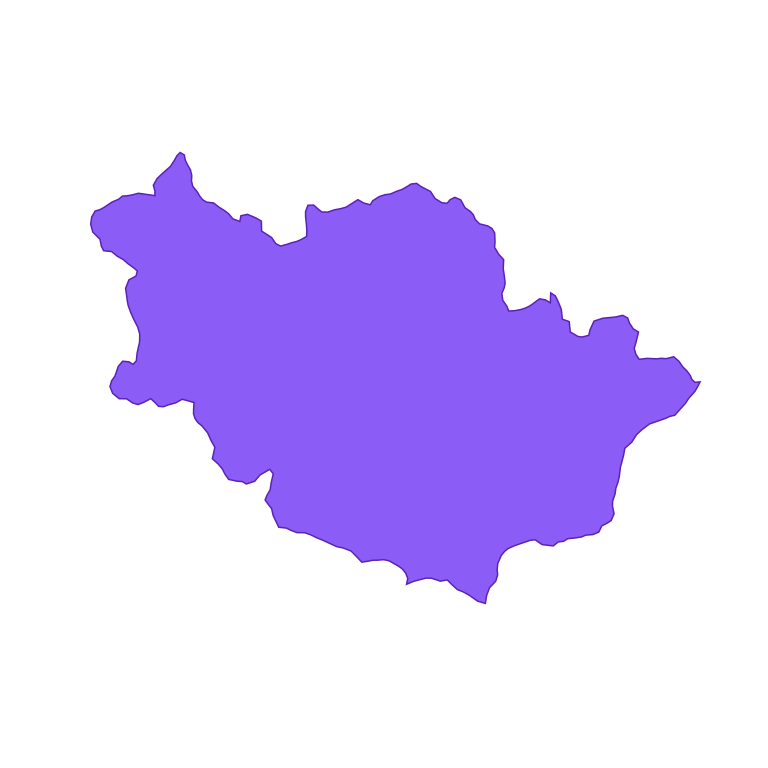 the district of Santa Rita do Passa Quatro, São Paulo, Brazil, rotated 188°
{"feature_id": "56859067B91361452731504", "entity_name": "Santa Rita do Passa Quatro", "entity_type": "district", "adm_level": 2, "iso_a3": "BRA", "parent_name": "Brazil", "parent_adm1": "São Paulo", "projection": "orthographic", "projection_center": [-47.502, -21.677], "detail": "fine", "context": "isolated", "style": "filled", "palette": "violet", "viewbox_px": 768, "rotation_deg": 188, "n_neighbors": 0, "source": "geoboundaries", "source_scale": "gbopen_adm2", "svg_char_len": 3865}
<svg xmlns="http://www.w3.org/2000/svg" viewBox="0 0 768 768"><g transform="rotate(188 384 384)"><path d="M364.7,581.1L375.2,584.8L379.5,587.2L385.0,585.8L388.8,582.6L393.6,578.9L398.1,576.7L404.2,573.0L409.4,571.6L414.7,569.0L420.6,564.0L422.5,559.6L429.3,560.4L435.5,562.9L446.2,553.8L451.6,551.5L457.3,549.6L463.6,546.4L469.6,545.7L473.6,548.1L478.6,551.4L484.2,550.4L485.7,543.9L484.9,538.6L483.2,531.8L481.8,525.5L481.2,519.3L486.3,515.4L490.3,513.0L495.2,511.0L500.0,508.6L505.6,506.2L510.6,507.9L515.8,513.5L526.5,518.4L528.1,528.2L533.6,530.5L542.8,533.0L549.1,530.7L549.4,524.9L556.6,526.5L561.6,531.0L565.6,533.3L572.1,536.2L578.0,539.6L585.0,539.4L589.3,541.3L592.5,544.3L595.4,548.0L600.9,553.1L602.9,558.3L603.4,563.8L605.4,569.0L608.8,573.3L612.0,578.1L613.6,583.0L618.1,584.9L620.8,581.3L622.8,576.1L625.8,569.7L633.1,561.2L637.2,556.0L640.1,548.8L637.7,543.2L637.1,538.7L643.3,538.7L653.8,538.7L659.2,536.4L664.6,534.6L669.1,533.7L672.6,530.0L678.7,526.3L685.8,519.9L689.6,517.1L694.1,515.1L696.7,508.8L696.7,501.4L693.5,493.9L685.4,487.8L683.1,481.2L680.2,477.0L672.1,477.2L665.9,473.4L659.5,470.9L654.3,467.5L647.7,464.0L644.0,461.5L644.6,456.4L651.1,451.6L653.2,442.7L651.6,437.2L649.7,430.3L648.2,426.0L644.6,419.3L641.0,413.5L635.8,406.1L632.8,399.3L631.9,391.4L632.8,380.4L632.5,372.4L635.3,368.5L639.8,370.5L646.0,370.2L649.6,364.4L651.5,354.4L654.2,349.2L655.0,343.3L651.4,337.0L644.2,332.6L636.9,333.5L630.1,330.2L624.7,329.4L619.4,332.4L612.9,337.0L607.5,333.3L604.2,330.5L599.2,330.8L594.7,333.3L587.5,336.4L581.8,340.8L575.9,340.1L569.5,339.2L569.1,333.1L568.5,328.1L566.3,323.5L563.2,320.1L558.4,317.1L551.8,311.0L547.7,304.4L542.7,297.8L543.2,290.8L543.6,286.1L536.8,281.5L532.0,277.1L529.4,273.2L524.6,267.9L516.2,267.3L510.5,267.6L506.4,265.8L498.5,269.7L494.2,276.6L485.3,283.6L481.2,279.7L482.0,269.9L482.0,263.4L484.3,257.7L485.6,252.6L481.9,248.7L478.0,245.0L475.5,238.4L468.3,227.5L460.6,227.7L456.0,226.2L449.5,224.7L441.9,225.7L435.8,224.5L429.0,222.3L423.3,220.9L418.3,219.4L408.3,216.4L401.5,215.9L393.4,214.0L388.2,210.1L381.2,204.5L375.4,206.2L370.6,207.9L366.1,208.6L359.7,210.0L354.3,209.6L344.0,205.5L339.9,203.3L336.1,199.6L333.4,194.7L333.8,188.8L327.2,192.7L320.2,195.7L315.1,197.7L310.0,198.3L300.7,196.6L294.1,198.8L289.0,194.9L282.7,190.6L277.2,189.3L271.1,187.1L261.1,182.0L253.1,180.8L252.9,189.1L251.1,197.0L245.9,204.3L244.9,210.9L246.1,215.8L246.4,222.1L243.9,230.8L241.3,235.0L238.2,238.3L232.5,241.9L225.5,245.5L217.5,249.5L212.7,250.8L205.2,247.0L199.1,247.1L193.9,247.2L189.4,251.9L184.3,253.2L180.5,256.4L172.8,258.3L167.1,260.0L163.2,262.4L156.4,263.9L150.7,267.2L148.5,273.9L144.4,276.7L140.1,280.3L138.1,287.5L140.8,295.0L141.3,299.8L139.9,307.0L139.9,313.1L138.6,319.4L138.1,325.1L138.3,334.5L137.6,339.9L136.8,347.2L136.6,353.8L130.4,361.1L126.9,369.0L122.3,374.6L118.8,378.1L115.5,381.4L109.6,384.4L104.4,387.1L100.5,389.1L96.5,391.7L91.7,393.5L87.6,399.7L82.9,406.7L80.1,412.5L75.1,419.9L73.1,424.8L71.3,430.1L76.3,428.9L79.7,431.4L82.0,435.1L85.6,438.9L90.6,442.6L94.9,447.4L100.9,451.3L108.0,448.4L113.3,448.0L117.3,446.9L127.0,446.0L134.7,444.0L138.7,448.4L141.2,454.2L140.3,459.8L139.2,470.9L144.9,473.3L149.4,478.5L151.9,483.3L157.2,485.2L164.0,482.6L176.4,479.6L184.8,475.5L187.5,466.4L188.0,460.7L194.3,458.1L198.7,458.1L206.8,461.5L209.3,471.6L216.4,473.0L218.9,482.8L223.1,490.0L226.7,495.2L231.6,497.4L230.6,487.6L236.1,489.8L241.8,490.0L247.7,484.2L251.0,481.2L254.5,478.9L259.0,476.7L265.1,474.7L270.6,473.6L273.3,478.3L278.0,483.4L279.9,490.0L278.3,496.2L278.1,500.7L279.7,507.1L282.0,514.9L282.8,523.8L288.3,528.3L293.5,534.7L293.8,539.9L295.4,548.9L298.7,553.0L303.3,555.0L311.7,555.9L316.4,559.5L319.1,564.0L322.3,566.8L328.4,569.9L333.6,577.0L339.8,578.7L344.2,575.7L346.6,571.8L351.8,571.5L359.3,574.8L364.7,581.1Z" fill="#8b5cf6" stroke="#5b21b6" stroke-width="1.5"/></g></svg>